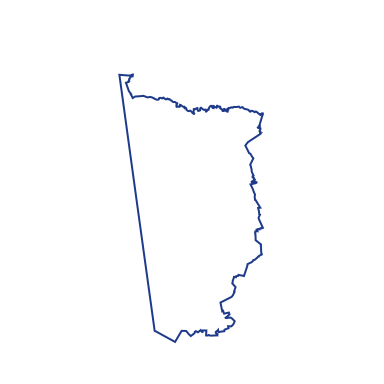 Cintalapa, Chiapas, Mexico, rotated 331°
{"feature_id": "50627088B82563437390549", "entity_name": "Cintalapa", "entity_type": "district", "adm_level": 2, "iso_a3": "MEX", "parent_name": "Mexico", "parent_adm1": "Chiapas", "projection": "albers", "projection_center": [-93.728, 16.752], "detail": "fine", "context": "isolated", "style": "outline", "palette": "blue", "viewbox_px": 384, "rotation_deg": 331, "n_neighbors": 0, "source": "geoboundaries", "source_scale": "gbopen_adm2", "svg_char_len": 5968}
<svg xmlns="http://www.w3.org/2000/svg" viewBox="0 0 384 384"><g transform="rotate(331 192 192)"><path d="M185.3,54.3L141.8,166.5L92.0,295.4L92.1,295.6L92.3,295.6L104.5,314.9L115.6,308.4L119.5,310.7L119.6,311.2L120.3,314.8L121.1,317.4L125.4,316.8L126.3,316.3L126.7,315.7L127.9,315.6L128.0,315.8L129.2,317.6L132.6,317.0L132.6,317.8L132.8,318.6L133.0,319.1L133.1,320.2L133.7,318.8L134.3,318.3L134.9,318.7L135.8,319.1L137.4,320.1L134.8,324.3L135.4,324.7L136.4,325.2L136.9,325.3L137.2,325.2L138.0,326.0L138.2,326.3L139.6,327.2L141.8,328.2L144.6,329.7L144.7,329.3L145.3,328.9L145.4,328.7L144.6,327.7L144.7,326.2L145.0,326.0L145.9,325.7L147.2,325.6L147.9,325.3L147.2,327.3L147.4,327.5L148.9,327.9L152.8,329.4L153.7,328.2L158.0,328.8L158.5,326.9L161.3,328.6L163.6,327.9L164.9,327.2L166.7,325.7L165.9,322.7L164.9,320.5L160.5,318.7L160.4,318.3L165.4,317.3L165.8,315.3L161.1,314.0L161.6,311.0L160.6,311.0L163.3,302.5L175.9,302.9L177.9,302.1L178.0,301.9L180.7,300.1L180.4,299.6L184.0,296.3L182.9,291.5L183.6,290.9L184.1,290.2L184.4,289.6L187.0,287.3L187.6,286.6L189.0,287.7L189.2,287.1L190.5,287.3L191.8,287.7L192.5,287.0L193.9,288.3L195.6,289.6L196.7,290.7L204.5,283.5L205.6,282.0L210.4,282.3L212.1,281.7L212.5,281.7L212.9,281.6L212.9,281.4L214.5,281.7L216.4,281.2L216.8,281.2L218.5,280.6L219.0,280.9L219.5,280.5L219.9,280.3L221.0,280.4L221.8,280.4L222.6,280.5L222.6,280.3L222.9,280.0L222.7,279.8L223.4,278.1L224.6,275.6L225.5,274.2L225.9,272.6L226.3,272.4L226.9,271.3L224.3,265.0L226.2,261.4L226.7,260.0L227.1,259.6L227.2,258.6L227.5,258.6L228.3,257.1L229.2,257.4L230.1,258.0L230.1,257.5L230.2,257.3L230.2,257.0L230.4,256.6L230.4,256.3L230.8,256.4L231.3,256.3L231.8,256.5L232.1,257.0L232.4,256.8L233.1,257.4L233.5,256.9L235.2,257.1L235.3,257.5L235.6,257.4L236.6,257.7L237.4,247.8L237.8,246.7L240.5,244.8L240.0,244.1L241.2,241.4L242.1,238.0L244.1,238.8L243.7,230.1L243.7,229.8L243.3,229.5L244.5,226.5L245.9,224.7L246.0,222.8L246.7,217.9L246.9,213.7L252.2,215.2L253.0,215.0L253.2,214.8L252.8,214.2L252.3,213.7L249.1,212.5L249.2,211.9L251.8,211.9L252.9,211.7L252.9,211.1L252.4,211.1L252.4,210.2L252.8,210.1L253.0,208.5L252.3,208.5L252.2,208.3L252.5,207.8L252.8,207.5L253.5,207.3L253.8,207.3L253.9,204.9L254.2,203.0L255.2,200.7L255.6,199.0L255.9,198.4L256.0,197.0L256.2,196.8L256.2,196.3L262.0,192.3L261.7,190.4L261.6,186.8L260.8,185.8L261.2,177.2L265.1,175.5L279.3,174.4L279.6,174.2L280.1,174.3L280.3,174.2L279.8,174.1L279.9,173.9L280.1,173.5L280.2,173.4L280.3,173.1L280.5,173.2L280.4,173.1L280.9,172.5L280.6,172.2L280.6,171.4L281.2,171.0L282.0,170.6L282.6,169.8L282.7,169.5L282.2,169.3L282.4,168.4L282.7,168.0L282.0,168.1L281.6,168.3L281.3,168.3L281.0,168.2L280.8,167.6L283.3,166.4L289.5,160.3L291.9,158.1L292.0,157.6L291.7,157.5L291.6,157.2L291.4,157.1L290.7,157.2L290.4,157.5L289.9,157.6L289.4,157.9L289.7,158.5L288.8,157.2L289.0,156.6L288.2,155.6L288.0,155.4L287.9,155.0L288.0,154.4L287.3,153.4L287.0,152.7L286.4,152.4L286.1,152.6L285.5,152.6L285.1,151.7L283.8,150.0L283.0,149.7L282.5,150.0L282.2,150.1L281.7,149.8L281.5,149.5L281.5,149.0L281.3,148.5L281.3,147.8L281.0,147.3L279.6,145.9L279.3,145.8L277.8,144.2L277.5,143.1L277.5,142.6L277.2,142.2L276.6,142.1L275.0,141.7L274.8,141.4L274.6,140.4L274.3,140.0L273.7,139.7L273.0,139.6L272.4,139.4L269.7,137.8L269.3,137.9L268.9,137.8L268.6,138.0L268.0,137.7L267.7,137.2L267.4,137.0L266.9,136.8L266.5,137.0L266.1,136.9L264.7,136.3L264.2,137.1L263.9,137.4L263.7,137.5L263.5,136.9L263.1,136.5L262.4,136.9L262.3,137.5L262.4,137.9L262.4,138.6L262.2,139.0L261.9,138.9L261.4,138.3L261.0,137.5L260.9,135.9L260.7,135.1L260.4,134.9L260.0,135.0L259.9,135.2L259.6,136.3L259.2,136.6L258.1,136.0L258.0,135.8L258.2,134.8L258.2,134.1L257.9,133.6L257.4,133.0L257.2,132.5L257.3,132.3L257.7,132.0L258.0,131.5L257.9,130.9L257.6,130.6L257.2,130.6L256.4,130.2L256.3,129.9L256.2,129.2L255.9,128.8L255.7,128.7L255.5,128.9L254.5,130.2L254.3,130.2L253.8,129.5L253.4,129.1L253.0,128.0L252.4,127.0L252.2,126.9L251.9,127.2L251.9,128.6L251.5,129.1L251.2,128.9L250.8,128.3L250.8,127.5L250.5,125.9L250.3,125.8L249.8,125.8L249.3,125.9L247.9,126.5L247.1,127.2L246.7,127.9L246.4,128.1L246.1,128.1L245.3,127.4L245.0,127.6L244.3,128.4L243.8,128.6L243.3,128.5L243.3,128.1L243.5,127.3L243.5,126.3L243.3,126.2L242.8,126.2L242.4,126.1L242.3,125.9L241.4,124.6L240.9,122.8L240.6,122.6L240.4,122.6L239.6,123.0L239.1,123.7L238.9,124.1L238.6,124.5L238.2,124.5L237.2,124.3L236.9,124.2L236.6,123.8L236.8,122.4L237.0,121.9L237.4,121.6L237.5,121.3L237.4,121.2L236.9,121.0L236.2,121.0L234.9,121.2L234.6,121.1L234.2,120.4L233.8,120.3L233.4,120.9L233.1,121.6L232.6,122.0L232.0,123.0L232.0,123.6L232.0,124.5L231.8,124.7L231.5,124.6L230.8,123.2L230.7,122.3L230.2,120.6L230.0,120.1L229.4,119.8L228.5,119.8L227.8,119.2L227.6,118.8L227.0,117.5L227.2,116.8L227.5,116.4L227.5,115.7L227.3,115.3L227.1,115.2L226.7,115.3L226.2,115.2L226.2,114.8L226.7,113.8L226.6,113.6L225.9,113.5L225.6,113.1L224.7,111.6L224.4,110.5L223.9,110.0L223.8,109.9L223.5,110.2L223.2,110.9L223.0,111.2L222.8,111.4L222.4,111.4L221.8,111.1L221.1,110.2L220.4,110.3L220.0,110.2L219.9,110.0L219.8,109.7L220.7,108.2L221.0,107.8L221.9,107.6L222.1,107.2L221.9,107.0L221.6,106.8L220.8,105.1L220.4,104.8L219.6,104.5L218.9,103.8L218.7,103.4L218.6,102.4L218.5,102.1L217.9,101.6L217.6,101.1L217.4,99.9L217.1,99.6L216.6,99.6L216.1,99.4L216.0,98.8L215.8,98.4L215.2,98.3L214.3,98.4L213.9,98.1L213.1,96.8L212.9,95.7L212.6,95.5L212.3,95.5L211.6,95.8L211.4,95.7L211.0,95.4L210.3,94.5L209.4,94.1L208.9,94.0L208.5,94.1L208.0,94.8L207.7,94.9L207.0,94.8L206.4,94.5L205.3,93.5L204.2,91.9L204.2,91.6L203.4,90.7L203.3,90.3L203.0,90.0L201.6,88.6L199.2,87.8L198.9,87.6L196.0,84.2L195.6,84.2L188.4,80.9L185.7,81.1L185.8,78.7L185.8,76.8L186.2,76.8L185.7,73.2L187.2,64.4L189.9,65.1L190.3,64.9L190.1,64.7L190.1,64.4L190.4,64.2L190.7,63.9L191.2,63.8L191.5,63.4L191.7,62.8L192.1,62.9L192.8,62.3L193.8,61.8L193.9,61.2L194.7,61.3L196.1,62.1L197.1,60.9L197.2,60.5L194.7,60.2L193.0,59.4L185.3,54.3Z" fill="none" stroke="#1e3a8a" stroke-width="2"/></g></svg>